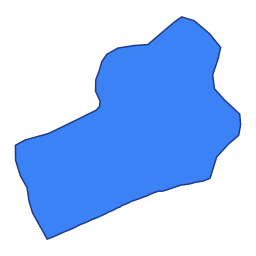 the district of Parque del Plata, Canelones, Uruguay
{"feature_id": "84410073B26612112301697", "entity_name": "Parque del Plata", "entity_type": "district", "adm_level": 2, "iso_a3": "URY", "parent_name": "Uruguay", "parent_adm1": "Canelones", "projection": "robinson", "projection_center": [-55.721, -34.756], "detail": "fine", "context": "isolated", "style": "filled", "palette": "blue", "viewbox_px": 256, "rotation_deg": 0, "n_neighbors": 0, "source": "geoboundaries", "source_scale": "gbopen_adm2", "svg_char_len": 1192}
<svg xmlns="http://www.w3.org/2000/svg" viewBox="0 0 256 256"><path d="M47.2,239.1L51.9,237.3L53.9,236.5L58.9,234.3L64.7,231.7L73.2,228.2L79.7,224.8L85.3,222.7L91.6,219.7L95.7,218.2L104.3,214.3L106.7,213.2L108.8,211.9L110.5,211.3L112.1,210.7L113.5,209.9L115.2,209.1L116.3,208.5L117.6,207.8L118.9,207.3L119.8,207.1L120.9,206.3L122.0,205.5L123.8,204.8L125.5,204.1L127.2,203.5L129.1,202.6L130.7,201.6L133.1,200.8L135.7,199.9L138.0,199.1L141.3,197.9L144.6,196.7L147.1,195.8L149.9,194.5L151.8,193.5L153.4,192.9L154.6,192.5L156.9,191.7L159.6,191.0L161.7,191.3L166.6,190.0L172.3,188.0L181.5,184.9L184.5,184.7L186.6,184.4L189.4,183.9L192.0,183.4L194.2,182.6L196.6,182.0L198.1,182.0L199.6,181.5L202.3,181.3L206.6,179.7L210.0,178.3L216.7,156.9L228.7,143.8L238.7,135.3L240.6,124.7L239.7,114.1L224.2,99.7L214.4,88.7L212.7,74.8L218.2,58.5L220.6,47.4L209.8,34.0L196.7,22.8L194.3,20.8L181.6,16.9L174.5,21.9L154.5,38.9L147.8,44.6L134.5,45.5L117.8,48.1L106.8,54.3L101.9,61.5L99.5,69.8L95.8,79.8L95.5,91.1L100.1,101.0L99.6,106.4L96.2,110.2L73.5,121.4L48.8,133.4L25.1,140.0L15.4,145.3L15.6,160.3L20.4,175.8L27.0,187.5L29.1,201.4L32.6,213.0L47.2,239.1Z" fill="#3b82f6" stroke="#1e3a8a" stroke-width="1.5"/></svg>